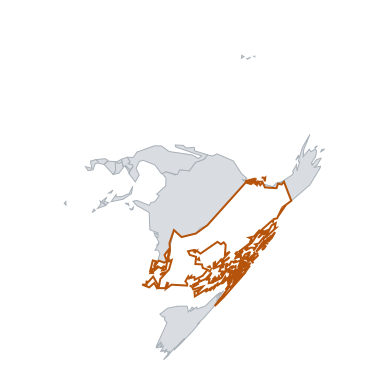 Canada highlighted on a map of North America, rotated 133°
{"feature_id": "CAN", "entity_name": "Canada", "entity_type": "country or territory", "adm_level": 0, "iso_a3": "CAN", "parent_name": "North America", "parent_adm1": "", "projection": "equal_earth", "projection_center": [-89.555, 62.395], "detail": "fine", "context": "in_parent", "style": "outline", "palette": "amber", "viewbox_px": 384, "rotation_deg": 133, "n_neighbors": 17, "source": "natural_earth", "source_scale": "50m", "svg_char_len": 10878}
<svg xmlns="http://www.w3.org/2000/svg" viewBox="0 0 384 384"><g transform="rotate(133 192 192)"><path d="M148.9,159.1L206.5,158.1L213.0,161.4L219.8,161.0L232.1,168.9L232.2,179.2L248.4,169.9L255.6,169.8L259.6,163.2L262.7,164.2L265.2,170.4L258.9,173.5L257.7,177.3L259.8,179.3L251.8,181.3L255.7,181.3L251.3,181.8L249.6,187.0L248.1,185.4L249.4,188.6L247.6,192.0L246.4,186.4L246.6,189.5L245.1,189.0L248.4,197.0L236.2,209.4L239.6,223.5L239.0,228.8L235.8,226.7L230.8,214.0L227.6,214.9L224.6,212.6L217.2,213.3L217.7,216.4L205.4,215.4L199.6,220.5L198.6,226.8L195.1,225.1L190.9,215.7L184.0,216.1L178.4,208.4L168.0,209.7L159.9,205.5L154.3,206.0L151.7,201.5L147.1,199.8L141.1,183.0L144.8,168.4L144.6,161.3L147.8,161.6L148.4,164.2L148.9,159.1ZM130.8,113.3L121.8,131.7L127.2,134.8L131.6,132.8L139.0,141.8L137.1,144.4L132.9,136.6L128.1,136.4L123.2,133.4L111.1,130.4L108.8,130.9L108.4,132.4L100.6,134.3L105.1,129.6L96.5,133.8L97.3,134.9L94.7,136.5L84.0,141.6L69.5,145.0L84.8,139.2L90.3,134.8L80.7,135.4L81.4,132.4L76.9,131.3L76.9,129.1L78.4,127.9L82.0,125.7L89.7,124.4L89.2,123.1L91.1,122.3L83.2,123.0L79.3,120.6L87.0,118.9L91.2,119.8L85.5,115.6L87.2,114.7L106.5,110.6L130.8,113.3ZM70.1,124.4L72.2,124.5L74.8,125.3L72.8,126.0L70.1,124.4ZM57.5,246.3L60.5,247.0L58.1,248.9L57.5,246.3ZM56.9,242.1L57.1,243.5L56.6,242.4L56.9,242.1ZM55.4,241.5L56.5,241.9L55.2,241.8L55.4,241.5ZM53.4,241.2L54.5,241.1L54.4,241.3L53.4,241.2ZM50.4,238.2L50.5,239.3L49.8,238.7L50.4,238.2ZM72.6,131.9L76.0,131.7L75.6,132.6L72.6,131.9ZM93.0,138.1L98.0,137.8L92.8,139.2L93.0,138.1Z" fill="#d9dde1" stroke="#a8b0b8" stroke-width="1"/><path d="M260.2,246.3L260.4,251.7L253.7,250.7L258.8,249.7L256.6,245.7L260.2,246.3Z" fill="#d9dde1" stroke="#a8b0b8" stroke-width="1"/><path d="M261.2,253.1L260.5,245.8L268.5,249.9L262.8,250.5L261.2,253.1Z" fill="#d9dde1" stroke="#a8b0b8" stroke-width="1"/><path d="M242.3,224.9L244.7,223.6L244.8,224.4L242.3,224.9ZM244.9,223.0L246.8,224.4L246.4,226.6L246.0,224.6L244.9,223.0ZM243.7,230.8L244.8,228.9L245.8,233.3L243.7,230.8Z" fill="#d9dde1" stroke="#a8b0b8" stroke-width="1"/><path d="M281.4,97.4L293.2,96.7L310.4,96.8L320.2,97.3L303.9,97.7L319.0,98.0L317.7,98.5L328.4,97.9L334.2,98.4L323.2,99.4L326.8,99.4L324.9,100.8L326.0,102.0L328.5,102.7L323.8,103.1L327.3,103.8L328.5,104.9L326.9,105.0L329.9,106.2L324.3,107.6L327.6,109.3L323.3,109.1L328.7,110.4L330.2,111.7L327.5,112.0L323.1,110.4L324.4,111.5L323.1,112.4L329.9,112.6L304.9,121.0L304.2,125.0L302.0,126.6L303.4,128.3L303.2,132.2L293.5,130.5L285.4,124.7L278.8,117.7L282.3,112.9L276.1,113.4L275.8,111.4L280.9,111.8L272.9,110.1L274.2,108.7L266.4,104.5L250.5,103.8L245.7,102.7L252.8,102.3L242.5,101.5L253.9,100.1L254.3,99.7L250.1,99.4L258.6,98.4L257.8,98.0L276.1,97.5L285.2,98.1L281.4,97.4Z" fill="#d9dde1" stroke="#a8b0b8" stroke-width="1"/><path d="M154.3,206.0L159.9,205.5L168.0,209.7L178.4,208.4L184.0,216.1L189.3,214.5L195.1,225.1L199.5,226.7L197.5,237.5L202.0,249.2L205.6,251.4L212.9,249.0L215.6,242.2L223.3,240.4L221.5,251.0L213.8,252.4L212.7,254.3L215.1,258.1L212.0,258.1L210.8,263.1L206.8,258.5L200.3,259.5L183.7,250.9L179.1,245.6L178.1,236.5L164.7,217.0L163.1,210.2L159.0,209.5L170.2,234.6L169.0,236.3L163.9,230.2L163.8,226.2L157.8,220.9L160.1,218.2L154.3,206.0Z" fill="#d9dde1" stroke="#a8b0b8" stroke-width="1"/><path d="M247.3,282.5L246.1,287.2L243.0,281.4L238.7,287.3L233.8,284.4L233.6,279.8L237.3,282.1L243.2,279.5L247.3,282.5Z" fill="#d9dde1" stroke="#a8b0b8" stroke-width="1"/><path d="M234.5,279.5L233.5,283.9L226.9,278.3L226.2,275.1L231.8,275.0L234.5,279.5Z" fill="#d9dde1" stroke="#a8b0b8" stroke-width="1"/><path d="M231.8,275.0L226.7,274.5L221.9,268.5L228.6,262.3L232.9,261.6L231.8,275.0Z" fill="#d9dde1" stroke="#a8b0b8" stroke-width="1"/><path d="M232.9,261.6L228.6,262.3L222.8,268.2L217.8,263.5L221.3,258.8L228.4,258.4L232.9,261.6Z" fill="#d9dde1" stroke="#a8b0b8" stroke-width="1"/><path d="M217.8,263.5L221.8,265.6L221.3,267.7L216.0,265.8L217.8,263.5Z" fill="#d9dde1" stroke="#a8b0b8" stroke-width="1"/><path d="M210.8,263.1L212.0,258.1L215.1,258.1L212.7,254.3L213.8,252.4L218.3,252.5L218.1,258.7L220.5,259.2L217.8,263.5L216.0,265.8L210.8,263.1Z" fill="#d9dde1" stroke="#a8b0b8" stroke-width="1"/><path d="M218.3,252.5L220.8,250.7L218.8,258.7L218.1,258.7L218.3,252.5Z" fill="#d9dde1" stroke="#a8b0b8" stroke-width="1"/><path d="M271.4,250.2L275.1,251.1L271.3,252.0L271.4,250.2Z" fill="#d9dde1" stroke="#a8b0b8" stroke-width="1"/><path d="M244.4,251.1L247.8,250.5L249.6,252.2L244.4,251.1Z" fill="#d9dde1" stroke="#a8b0b8" stroke-width="1"/><path d="M234.6,235.2L244.0,237.3L254.2,244.5L245.7,245.8L247.2,244.0L243.2,240.2L235.8,236.9L228.2,239.3L234.6,235.2Z" fill="#d9dde1" stroke="#a8b0b8" stroke-width="1"/><path d="M285.0,277.8L287.5,275.2L287.5,277.7L285.0,277.8Z" fill="#d9dde1" stroke="#a8b0b8" stroke-width="1"/><path d="M138.9,141.8L131.6,132.8L127.2,134.8L125.4,131.6L121.8,131.7L130.7,113.4L139.6,115.0L138.8,114.3L150.3,112.6L144.4,114.0L142.8,114.8L143.1,115.0L153.2,111.8L156.2,113.8L158.7,112.5L158.6,113.9L175.7,115.6L173.4,116.6L182.2,116.3L186.5,119.2L185.7,116.6L189.7,115.2L185.3,115.2L189.1,114.6L203.7,117.0L201.8,115.6L203.9,115.4L206.4,115.8L207.2,118.1L205.4,118.0L206.5,118.8L206.1,118.2L207.2,118.2L207.5,117.6L207.2,116.2L210.7,115.2L205.6,112.4L209.0,109.6L214.0,112.5L211.7,113.3L215.9,113.7L214.5,114.0L216.1,115.8L219.9,114.8L221.1,117.8L225.3,114.9L224.1,113.0L231.4,114.9L229.3,115.5L231.3,118.0L228.0,119.3L226.0,118.1L225.5,118.0L225.0,118.3L227.2,119.6L222.3,119.0L223.6,119.8L221.0,121.3L217.0,120.1L214.0,120.1L221.8,121.5L219.9,123.5L209.9,123.6L215.2,125.3L207.7,131.3L207.2,134.5L210.5,135.2L211.1,139.4L231.3,143.8L231.8,148.8L232.8,150.8L238.0,154.5L239.5,150.7L236.6,144.8L242.4,140.4L238.2,135.4L240.2,132.3L238.1,127.5L246.1,127.1L254.3,130.2L252.5,132.3L255.2,133.9L253.9,135.1L257.2,135.2L256.3,137.1L261.9,135.9L262.3,132.9L263.8,131.8L273.8,143.8L280.3,145.0L275.0,147.2L275.3,148.2L280.6,146.0L285.1,150.9L277.3,155.8L264.3,156.0L255.6,160.5L258.3,161.5L255.5,165.0L253.7,165.6L249.5,168.4L244.6,173.7L232.2,179.2L232.1,168.9L219.8,160.9L205.8,158.1L148.4,159.2L145.9,154.2L140.3,153.5L142.7,152.1L140.8,150.9L142.8,151.2L142.7,149.3L140.7,150.7L139.9,151.9L140.4,146.7L136.8,147.1L138.9,141.8ZM222.2,111.1L225.2,111.1L225.3,110.1L223.3,109.6L225.9,108.3L224.0,107.9L230.2,107.0L232.4,108.4L231.5,109.7L238.0,108.5L242.4,109.5L241.4,110.8L246.9,110.3L245.5,111.4L252.4,111.8L250.0,112.7L256.0,114.0L251.7,114.7L266.4,118.7L263.3,122.1L259.7,120.4L261.1,119.4L253.7,119.6L262.4,124.5L261.6,126.7L254.3,124.5L259.8,128.3L246.2,122.7L237.5,122.7L245.5,121.0L243.8,119.7L247.3,117.6L244.0,115.0L239.4,115.0L240.8,114.1L234.8,111.8L230.6,112.6L231.8,113.2L220.1,112.4L217.5,111.0L221.3,111.1L216.5,109.6L218.7,107.5L224.7,106.9L222.0,108.4L222.8,109.7L224.8,110.6L222.2,111.1ZM247.3,97.1L259.9,97.6L236.7,100.0L240.4,100.4L234.2,100.4L240.6,100.8L229.0,102.4L235.4,102.9L231.1,103.7L217.3,103.3L221.6,102.5L219.7,101.8L225.2,102.3L226.6,102.2L228.1,101.6L220.4,101.4L221.5,100.7L227.0,100.7L229.3,100.5L222.0,99.3L231.2,99.9L227.3,99.2L236.6,98.7L233.7,98.7L236.4,98.3L224.0,99.0L221.8,98.9L226.8,98.5L220.1,98.9L217.8,98.7L222.0,98.6L224.3,98.4L214.1,98.1L247.3,97.1ZM176.6,108.7L184.1,108.1L187.2,110.1L187.0,107.8L189.9,107.8L192.5,111.0L198.2,113.1L194.0,113.3L196.6,114.2L194.7,114.8L188.5,113.7L177.3,115.4L171.0,112.7L180.4,112.3L170.6,111.7L169.5,111.2L174.8,110.4L168.9,109.9L173.4,108.0L177.4,107.6L176.6,108.7ZM264.8,169.4L262.7,164.2L259.6,163.2L256.8,169.1L248.8,169.9L266.6,158.4L269.5,160.3L264.6,161.7L268.9,162.5L269.8,166.5L277.6,169.1L268.8,174.0L267.2,171.2L272.6,168.9L264.8,169.4ZM161.0,106.1L175.5,107.3L162.1,111.0L157.7,109.6L162.1,106.9L161.0,106.1ZM213.8,98.5L220.2,99.2L224.2,100.2L214.4,101.4L210.2,100.5L214.6,100.1L206.3,99.4L213.8,98.5ZM209.9,102.8L218.3,104.6L229.0,104.1L233.5,105.3L214.2,105.7L211.8,103.5L205.8,103.0L209.9,102.8ZM177.3,103.3L192.1,104.3L180.5,106.0L177.6,105.7L183.2,104.9L172.7,104.9L177.3,103.3ZM286.0,152.6L284.3,157.5L291.0,158.3L293.7,165.3L290.7,162.1L287.9,164.8L289.5,162.6L280.3,162.7L283.1,153.9L286.0,152.6ZM198.0,107.3L201.8,107.0L205.1,106.9L202.9,108.1L205.9,108.5L205.7,109.8L201.4,110.6L195.9,108.4L200.1,108.2L198.0,107.3ZM223.9,120.3L226.2,121.0L234.0,124.3L221.6,124.7L223.9,120.3ZM207.5,107.0L216.0,106.8L208.1,109.5L207.5,107.0ZM176.8,102.3L173.7,103.6L164.7,103.8L171.3,102.3L176.8,102.3ZM204.5,103.3L203.9,105.2L196.3,104.4L199.3,104.2L198.1,103.4L204.5,103.3ZM192.7,100.4L201.2,100.8L202.7,101.6L192.7,100.4ZM138.7,154.7L144.3,155.7L147.7,160.5L138.7,154.7ZM231.4,107.1L237.3,107.3L239.2,108.2L231.4,107.1ZM200.4,114.4L205.9,113.9L207.6,114.8L200.4,114.4ZM211.0,105.2L209.4,105.7L206.1,105.2L208.9,104.4L211.0,105.2ZM205.3,100.7L209.0,101.5L203.8,100.8L205.3,100.7ZM239.2,115.9L242.1,117.2L238.6,117.2L239.2,115.9ZM182.1,101.6L186.2,101.5L180.5,101.8L182.1,101.6ZM193.0,107.2L190.4,107.6L189.2,107.3L193.0,107.2ZM278.0,164.4L278.0,167.8L278.7,166.3L279.8,167.2L278.2,168.2L276.5,167.9L278.0,164.4ZM184.5,100.8L186.7,101.2L180.6,101.2L184.5,100.8ZM274.3,158.9L271.7,158.5L268.5,156.8L271.9,157.3L274.3,158.9ZM231.0,126.0L229.2,127.6L227.6,127.2L228.5,126.2L231.0,126.0ZM131.7,148.1L134.4,146.0L133.1,148.2L131.7,148.1ZM206.9,102.0L211.1,101.8L211.8,101.9L206.9,102.0ZM196.6,103.5L195.6,104.2L193.9,103.8L196.6,103.5ZM269.9,165.3L271.5,165.6L275.0,166.0L273.6,167.2L269.9,165.3ZM234.7,127.3L235.4,128.8L234.3,128.4L234.7,127.3ZM173.2,103.8L170.9,104.5L170.0,104.4L173.2,103.8ZM216.4,102.0L215.1,102.3L214.8,102.1L216.4,102.0ZM192.8,102.0L192.9,102.5L191.7,101.9L192.8,102.0ZM132.0,148.5L132.9,149.2L133.9,151.0L132.0,148.5ZM234.0,148.4L234.2,149.4L232.3,148.7L234.0,148.4ZM201.8,99.4L203.0,99.8L201.2,99.5L201.8,99.4ZM194.9,105.0L193.3,105.1L192.9,105.0L194.9,105.0ZM193.7,103.2L195.1,103.2L196.1,103.4L193.7,103.2ZM138.5,148.9L139.6,150.1L139.1,150.6L138.5,148.9ZM244.9,116.3L243.2,116.6L242.7,116.2L244.9,116.3ZM236.8,140.3L237.4,141.8L235.8,141.8L236.8,140.3ZM178.9,101.5L178.4,101.8L177.8,101.6L178.9,101.5ZM204.3,106.5L202.1,106.9L201.4,106.7L204.3,106.5ZM237.7,124.9L239.0,125.5L237.1,125.1L237.7,124.9ZM235.5,114.6L235.7,113.9L236.5,114.0L235.5,114.6ZM222.7,115.9L221.8,116.1L222.2,115.7L222.7,115.9ZM199.5,101.9L197.4,101.9L197.3,101.7L199.5,101.9ZM232.7,113.1L233.5,113.6L232.1,113.3L232.7,113.1ZM216.7,102.9L216.4,103.3L215.7,103.0L216.7,102.9ZM226.2,119.8L228.4,120.6L226.9,120.4L226.2,119.8ZM179.2,102.8L179.4,103.0L177.7,102.9L179.2,102.8ZM262.7,128.8L261.6,129.0L261.5,128.8L262.7,128.8ZM239.1,113.9L238.0,114.2L237.9,113.8L239.1,113.9ZM225.7,120.2L225.1,120.4L225.0,119.9L225.7,120.2ZM206.5,104.4L205.7,104.7L206.5,104.4ZM251.9,126.5L251.4,126.8L250.5,126.2L251.9,126.5ZM242.1,115.1L241.6,115.4L241.4,115.2L242.1,115.1ZM234.2,103.8L233.4,104.1L232.9,104.1L234.2,103.8ZM137.3,147.8L137.2,148.4L136.3,147.5L137.3,147.8Z" fill="none" stroke="#b45309" stroke-width="2"/></g></svg>